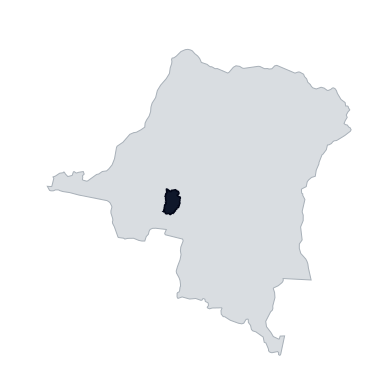 Ilebo, Kasaï-Occidental, Democratic Republic of the Congo shown in context, rotated 12°
{"feature_id": "63176286B19501088760626", "entity_name": "Ilebo", "entity_type": "district", "adm_level": 2, "iso_a3": "COD", "parent_name": "Democratic Republic of the Congo", "parent_adm1": "Kasaï-Occidental", "projection": "mercator", "projection_center": [20.49, -5.056], "detail": "fine", "context": "in_parent", "style": "filled", "palette": "ink", "viewbox_px": 384, "rotation_deg": 12, "n_neighbors": 0, "source": "geoboundaries", "source_scale": "gbopen_adm2", "svg_char_len": 7637}
<svg xmlns="http://www.w3.org/2000/svg" viewBox="0 0 384 384"><g transform="rotate(12 192 192)"><path d="M326.8,253.3L299.1,257.7L299.6,259.3L299.4,260.9L298.7,262.2L295.9,265.7L291.7,268.9L291.6,269.6L293.7,273.2L295.1,278.1L294.7,286.7L295.3,289.0L295.2,290.8L293.8,292.9L291.0,303.2L292.9,308.3L298.4,313.0L301.6,316.5L307.0,317.8L307.9,317.6L308.2,314.6L312.5,313.5L312.5,332.2L312.2,333.2L311.4,333.5L310.4,332.9L310.1,331.1L308.9,330.3L303.6,332.6L302.3,332.6L300.8,332.2L299.8,331.2L299.5,329.8L295.7,324.3L293.9,324.0L291.8,319.1L283.5,315.5L280.3,315.2L278.7,314.1L277.0,310.3L274.2,307.8L273.6,305.1L273.1,304.7L271.4,305.3L269.9,309.6L268.1,310.6L264.6,310.7L256.1,309.5L250.0,307.2L248.4,307.4L246.0,305.4L245.0,302.0L245.5,299.5L245.1,299.1L235.8,301.3L233.5,302.6L231.4,302.2L230.8,301.5L231.7,299.8L231.2,297.9L230.6,297.0L227.8,296.3L226.9,294.2L225.3,293.9L224.7,294.2L224.3,295.6L223.3,296.1L217.8,295.4L211.9,297.2L204.2,296.7L200.5,298.9L200.0,298.8L199.2,297.7L198.5,294.2L198.9,293.3L200.0,292.6L200.4,291.2L200.1,287.5L200.4,286.7L199.9,284.6L198.8,281.3L197.2,278.6L193.7,274.5L193.0,272.6L193.3,268.0L194.4,260.8L194.3,255.5L192.9,252.0L192.5,248.3L193.5,241.6L192.6,240.0L175.0,239.4L174.3,238.9L173.9,238.0L174.7,234.0L164.0,235.0L160.8,235.8L158.8,237.4L158.2,239.4L158.1,242.4L156.5,245.1L156.0,249.8L153.1,250.4L150.1,250.4L144.4,249.4L138.8,250.7L136.1,252.0L134.7,251.4L129.7,251.8L129.0,251.5L123.3,242.2L120.8,239.1L120.3,237.6L120.5,236.2L119.8,234.2L117.1,229.5L116.6,227.3L116.8,223.8L116.5,222.6L114.1,219.6L112.5,218.7L110.7,218.1L82.0,218.5L72.5,218.0L65.6,218.4L62.1,218.1L61.2,217.7L58.0,218.3L56.3,219.6L53.8,220.2L52.3,220.0L49.3,216.5L53.4,215.9L53.7,215.6L54.0,207.4L52.9,206.2L55.1,204.8L58.6,201.2L62.0,199.9L62.4,199.1L63.1,199.2L64.4,200.7L67.3,202.7L71.0,200.9L71.4,200.4L71.8,196.9L72.8,196.6L74.3,197.4L75.2,197.4L76.8,196.4L81.4,194.6L82.8,196.9L81.5,198.9L82.1,200.3L82.2,202.6L83.0,203.1L86.7,203.3L87.7,202.8L95.0,194.7L97.0,193.8L100.0,190.6L104.1,189.1L105.9,186.6L108.2,182.1L109.3,175.6L108.9,164.3L109.2,162.8L114.1,157.7L119.2,148.5L122.6,146.1L125.2,145.1L129.1,141.8L132.3,138.4L131.8,134.3L132.6,131.0L134.3,126.7L134.8,122.1L134.2,117.4L134.5,113.4L136.8,107.2L137.0,100.0L139.1,94.0L143.3,86.4L145.3,80.7L144.9,75.1L145.4,70.9L145.2,68.5L144.4,66.4L144.8,65.1L146.4,64.5L148.4,62.4L152.0,56.9L155.8,54.2L158.4,53.3L161.2,53.4L163.0,53.9L165.9,56.1L169.3,57.8L171.8,59.9L174.2,63.3L180.2,64.0L182.7,65.3L184.3,65.7L184.9,65.4L186.1,65.6L188.9,66.6L191.1,66.0L202.2,68.2L203.4,67.1L206.5,61.4L208.8,59.4L212.5,59.2L215.5,60.3L217.0,60.3L230.6,55.3L232.3,55.1L237.2,56.3L240.4,55.5L241.7,55.7L244.5,54.9L246.7,51.4L248.6,50.5L268.0,54.3L271.0,52.5L272.4,52.3L276.7,53.6L278.0,55.7L280.6,57.5L282.5,60.6L285.4,62.3L286.8,63.9L288.5,65.0L292.1,65.4L296.5,62.7L299.7,62.9L302.9,64.4L304.0,64.4L306.4,62.8L307.7,61.1L308.9,60.7L310.8,61.4L312.3,63.0L313.7,65.3L318.5,70.5L323.2,72.7L324.4,75.9L326.1,75.6L326.9,75.9L328.1,77.9L329.0,78.3L329.2,79.1L328.0,81.0L326.9,84.6L328.3,86.8L327.1,90.1L326.5,93.4L328.0,94.2L330.0,94.2L331.8,95.9L333.2,96.2L334.7,98.0L334.3,99.6L329.7,105.0L322.7,111.6L320.4,112.4L319.2,113.7L318.3,115.6L316.3,117.3L314.7,117.9L314.6,122.7L312.3,127.7L311.4,128.7L310.1,136.8L310.3,138.2L309.0,144.8L309.3,151.0L305.9,152.9L303.6,155.9L302.6,158.0L302.6,163.0L298.8,166.1L298.5,166.8L299.5,170.3L300.8,170.9L300.9,172.1L304.0,175.9L303.8,187.6L304.0,188.8L305.6,191.5L306.7,196.9L305.5,203.6L309.7,216.0L307.8,220.5L308.7,224.9L311.2,229.5L317.2,233.9L318.8,235.8L320.3,238.3L321.7,242.2L326.8,253.3Z" fill="#d9dde1" stroke="#a8b0b8" stroke-width="1"/><path d="M167.8,217.0L168.2,217.1L168.4,217.2L168.5,217.3L169.5,217.2L169.7,217.3L170.5,218.1L170.5,218.5L170.8,218.6L171.2,218.7L171.6,218.7L171.8,218.6L172.2,218.5L172.8,218.1L173.2,218.0L173.6,217.9L174.0,217.8L174.0,218.0L174.4,218.1L174.7,218.3L174.8,218.4L175.0,218.4L175.2,218.6L175.4,218.6L175.5,218.4L175.5,218.2L175.8,218.2L176.0,217.9L176.3,217.8L176.5,217.5L176.5,217.2L176.8,217.0L177.1,216.9L177.2,216.5L177.3,216.4L177.6,216.6L177.9,216.5L178.0,216.6L178.1,216.4L178.4,216.2L178.4,215.8L178.7,215.4L178.8,215.4L178.9,215.1L178.8,214.9L178.7,214.5L178.8,214.2L179.0,214.1L179.3,214.1L179.5,214.1L179.7,213.9L179.6,213.6L179.5,213.3L179.6,213.1L179.5,212.9L179.7,212.6L179.8,212.5L179.9,212.4L180.0,212.3L180.1,212.2L180.3,212.1L180.6,211.9L180.6,211.3L180.6,211.2L180.7,210.9L180.9,210.6L181.0,210.4L181.3,210.3L181.4,210.2L181.5,210.2L181.6,209.9L181.9,209.9L182.1,209.6L182.2,209.1L182.1,208.8L181.9,208.6L182.0,208.6L182.1,208.4L182.1,208.0L182.2,207.9L182.3,207.8L182.3,207.7L182.2,207.5L182.3,207.2L182.3,206.9L182.2,206.7L182.4,206.1L182.4,205.9L182.5,205.8L182.5,205.4L182.4,205.0L182.2,204.9L182.1,204.6L182.0,204.3L181.9,204.1L181.8,203.9L181.9,203.5L182.0,203.2L182.0,202.9L181.9,202.7L181.8,202.4L181.7,202.1L181.7,201.9L181.7,201.6L181.6,201.3L181.6,201.2L181.8,200.9L181.8,200.6L181.9,200.4L181.8,200.1L181.7,199.9L181.6,199.6L181.3,199.4L181.2,199.4L181.1,199.5L181.0,199.4L180.9,199.5L180.7,199.4L180.4,199.4L180.1,199.4L179.9,199.4L179.5,199.1L179.3,199.0L179.3,198.9L179.2,198.9L179.0,199.0L178.9,199.0L178.6,198.7L178.3,198.5L178.2,198.4L178.2,198.2L178.3,197.8L178.3,197.7L178.5,197.5L178.7,197.4L178.8,197.3L178.9,197.2L179.4,196.9L179.5,196.0L179.5,195.8L179.4,195.7L179.2,195.3L179.1,195.1L178.9,194.9L178.6,194.8L178.4,194.8L178.3,194.7L178.4,194.3L178.2,194.3L177.9,194.4L177.7,194.4L177.3,194.4L177.2,194.4L176.9,194.4L176.6,194.3L176.7,193.7L175.9,193.6L175.7,193.4L175.3,193.2L175.1,193.3L174.8,193.4L174.7,193.5L173.9,193.8L173.5,194.0L173.2,194.1L173.0,194.5L172.9,194.5L172.6,194.4L172.3,194.4L172.1,194.4L172.0,194.5L171.9,194.5L171.7,194.6L171.5,194.8L171.5,195.1L171.4,195.2L171.3,195.3L171.5,195.6L171.4,195.7L171.3,195.9L171.3,196.0L171.2,196.1L170.8,196.0L170.5,195.9L170.4,195.9L170.3,196.0L170.1,196.0L169.9,196.1L169.7,195.9L169.4,195.8L169.3,195.6L169.4,195.3L169.1,195.2L168.9,195.1L168.7,195.3L168.6,195.2L168.4,195.2L168.4,194.9L168.2,194.8L168.0,194.7L167.8,194.5L167.5,194.5L167.4,194.5L167.3,194.4L167.0,194.5L166.7,194.5L166.5,194.4L166.4,194.5L166.5,194.8L166.5,195.1L166.5,195.4L166.6,195.5L166.8,195.7L166.9,195.8L167.0,195.9L167.0,196.1L167.2,196.4L167.3,196.6L167.2,196.8L167.3,196.9L167.2,197.1L167.3,197.2L167.4,197.3L167.5,197.3L167.7,197.5L167.8,197.6L167.7,197.7L167.6,197.9L167.4,198.0L167.2,198.2L167.2,198.5L166.9,198.9L166.8,199.0L166.7,199.4L166.9,199.6L166.8,199.8L166.9,200.0L167.0,200.1L166.9,200.3L166.7,200.4L166.7,200.5L166.8,200.8L166.7,201.1L166.8,201.3L166.8,201.5L166.7,201.9L166.9,201.9L167.1,202.3L167.2,202.5L167.3,202.8L167.4,203.2L167.4,203.5L167.5,203.7L167.5,204.1L167.6,204.5L167.8,204.7L167.9,204.8L168.0,205.1L168.0,205.4L168.0,205.7L168.1,205.8L168.4,206.0L168.4,206.3L168.6,206.5L168.6,206.8L168.6,207.0L168.8,207.5L168.7,207.7L168.7,207.8L168.9,207.9L168.9,208.0L168.7,208.0L168.9,208.2L168.8,208.3L168.9,208.5L168.7,208.6L168.7,208.8L168.8,208.9L168.9,209.1L168.9,209.3L168.6,209.5L168.6,209.8L168.5,210.0L168.4,210.1L168.2,210.1L168.1,210.3L168.3,210.4L168.1,210.4L168.1,210.8L168.0,211.0L168.0,211.3L168.1,211.5L168.4,211.3L168.2,211.5L168.1,211.8L168.1,212.1L168.2,212.3L168.4,212.4L168.6,212.4L168.4,212.4L168.2,212.4L168.2,212.5L168.1,212.8L168.1,213.1L168.2,213.4L168.2,213.6L168.2,213.8L168.3,213.9L168.5,214.0L168.4,214.1L168.5,214.2L168.6,214.3L168.7,214.5L168.6,214.8L168.7,215.0L168.6,215.5L168.4,215.5L168.5,215.7L168.5,215.8L168.4,215.9L168.5,216.0L168.4,216.0L168.5,216.2L168.4,216.3L168.2,216.5L168.0,216.8L167.8,217.0Z" fill="#0f172a" stroke="#020617" stroke-width="1.5"/></g></svg>